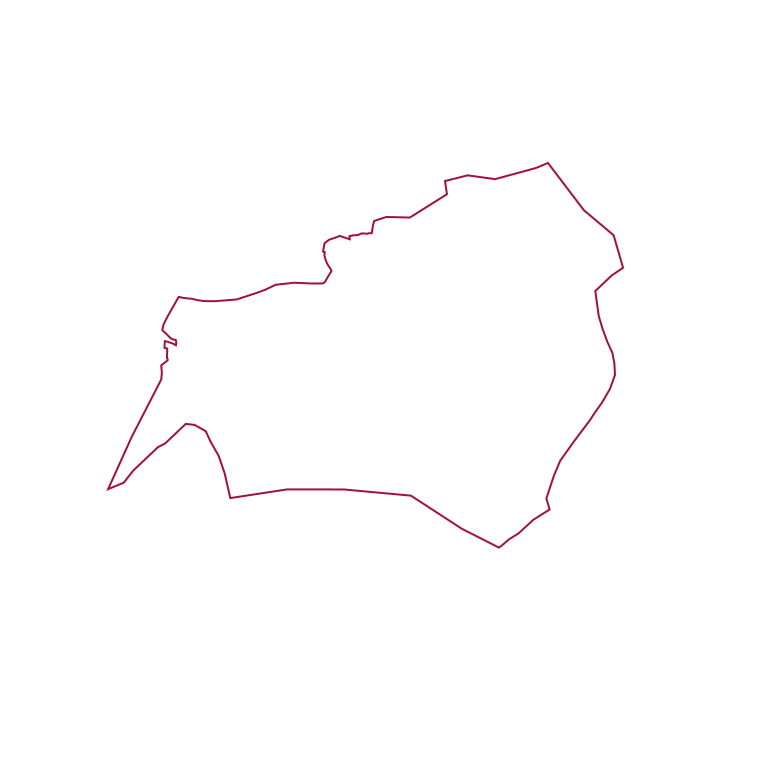 outline of Okene, Kogi, Nigeria, rotated 316°
{"feature_id": "59680162B23991224305955", "entity_name": "Okene", "entity_type": "district", "adm_level": 2, "iso_a3": "NGA", "parent_name": "Nigeria", "parent_adm1": "Kogi", "projection": "natural_earth1", "projection_center": [6.212, 7.522], "detail": "fine", "context": "isolated", "style": "outline", "palette": "rose", "viewbox_px": 768, "rotation_deg": 316, "n_neighbors": 0, "source": "geoboundaries", "source_scale": "gbopen_adm2", "svg_char_len": 1654}
<svg xmlns="http://www.w3.org/2000/svg" viewBox="0 0 768 768"><g transform="rotate(316 384 384)"><path d="M296.8,178.7L275.4,185.0L266.6,188.1L262.0,191.2L262.4,203.6L263.4,205.7L264.8,207.6L264.0,209.0L262.7,210.6L261.2,211.6L260.5,209.0L257.5,202.9L256.1,201.0L254.6,202.3L251.2,205.5L252.7,207.8L250.7,210.0L248.6,211.8L245.9,214.6L245.8,215.6L244.7,216.7L236.8,215.8L231.6,222.0L226.9,226.0L165.5,246.9L112.5,268.0L128.3,274.2L143.2,272.1L143.5,272.1L154.9,272.2L166.3,272.3L177.6,272.4L185.2,274.7L202.3,274.9L213.7,275.0L219.3,281.8L223.0,294.2L221.6,298.1L219.1,305.3L215.1,321.0L207.3,337.6L194.2,359.3L241.1,392.5L281.8,431.9L307.8,462.1L319.7,475.9L325.8,483.0L339.4,542.1L353.0,581.5L356.2,582.0L366.3,582.6L376.9,584.9L397.1,585.4L416.0,589.3L421.3,579.1L442.3,568.1L457.5,561.6L480.4,557.3L507.0,553.1L516.5,550.9L527.9,548.8L543.2,544.5L556.5,537.9L564.2,529.0L570.0,520.1L573.9,508.9L579.8,495.6L585.6,484.4L600.6,463.9L623.4,464.1L636.7,466.5L652.5,436.5L648.5,397.8L655.5,338.9L643.8,334.4L606.2,313.8L589.1,292.0L568.9,280.4L561.1,291.2L518.2,282.2L501.7,265.5L490.3,259.9L486.4,262.1L480.0,267.0L478.8,266.0L477.6,264.8L476.0,264.1L474.6,262.3L472.3,260.0L468.7,258.7L465.0,255.6L461.9,253.7L459.9,256.1L455.0,246.7L450.4,244.8L444.5,242.0L439.0,241.5L432.1,246.4L433.0,248.0L430.4,250.1L428.0,254.7L427.2,256.6L426.4,259.0L425.4,264.5L424.6,266.3L420.5,267.3L416.8,268.3L412.0,269.7L409.5,268.9L404.5,264.0L402.0,261.7L389.7,248.7L374.9,237.3L363.5,233.5L354.2,229.3L336.7,220.8L319.9,207.0L314.7,201.9L311.6,198.7L307.7,193.5L305.0,189.2L302.4,186.3L299.3,182.4L296.8,178.7Z" fill="none" stroke="#9f1239" stroke-width="2"/></g></svg>